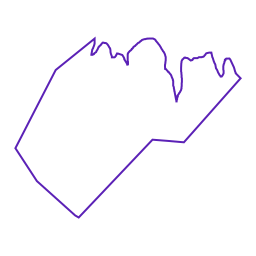 Norton, Mashonaland West, Zimbabwe (Natural Earth projection)
{"feature_id": "62879985B7429577065299", "entity_name": "Norton", "entity_type": "district", "adm_level": 2, "iso_a3": "ZWE", "parent_name": "Zimbabwe", "parent_adm1": "Mashonaland West", "projection": "natural_earth1", "projection_center": [30.703, -17.887], "detail": "fine", "context": "isolated", "style": "outline", "palette": "violet", "viewbox_px": 256, "rotation_deg": 0, "n_neighbors": 0, "source": "geoboundaries", "source_scale": "gbopen_adm2", "svg_char_len": 5413}
<svg xmlns="http://www.w3.org/2000/svg" viewBox="0 0 256 256"><path d="M240.6,78.3L235.8,73.4L235.8,73.1L235.6,72.9L235.6,72.6L235.4,72.1L235.1,71.5L234.9,70.7L234.6,69.7L234.4,68.9L233.9,67.3L230.3,59.6L230.1,59.3L229.6,58.8L229.4,58.5L228.9,58.5L228.4,58.6L228.0,58.6L227.0,58.6L226.3,58.6L226.1,58.8L225.8,59.1L225.6,59.1L225.4,59.4L225.4,59.6L225.4,59.9L225.1,59.9L225.1,60.2L224.9,60.2L224.9,60.4L224.9,60.7L224.7,61.0L224.7,61.3L224.4,61.8L224.4,62.6L224.2,63.1L224.0,63.7L223.7,64.2L223.7,64.5L223.5,65.0L223.5,65.3L223.5,65.5L223.3,66.1L223.3,66.3L223.3,66.9L223.3,68.5L223.3,69.0L223.3,69.8L223.6,70.6L223.6,71.1L223.6,71.6L223.6,73.2L223.3,74.0L222.9,74.6L222.6,75.4L222.2,75.9L221.9,76.2L221.7,76.5L221.0,76.5L220.8,76.5L220.8,76.2L220.3,75.9L219.8,75.4L219.3,74.6L218.9,73.8L218.4,73.0L217.9,72.0L217.4,70.6L216.9,69.6L216.0,68.3L215.3,64.5L214.8,63.5L214.3,62.7L214.1,61.9L213.8,61.4L213.6,60.6L213.3,59.8L213.1,59.0L212.9,58.4L212.6,57.6L212.4,57.4L211.4,52.9L211.2,52.9L211.2,52.6L210.7,52.6L210.2,52.6L209.3,52.6L207.9,52.9L206.7,53.2L206.2,53.4L205.7,54.0L205.3,54.8L205.0,55.1L204.6,55.3L204.3,55.9L203.9,56.4L203.4,56.7L202.9,56.9L202.7,56.9L202.2,56.9L201.8,57.2L201.5,57.2L201.1,57.2L200.8,57.2L200.3,57.2L198.9,57.2L198.5,57.5L198.0,57.8L197.5,58.1L197.1,58.1L196.6,58.1L196.1,58.1L195.2,58.1L194.5,58.1L194.0,58.1L193.8,58.4L193.5,58.6L193.3,58.6L193.0,58.9L192.8,59.2L192.8,59.4L192.4,60.0L191.9,60.2L191.4,60.2L190.9,60.5L190.7,60.5L190.5,60.3L190.0,60.0L189.5,59.5L188.6,58.9L187.6,58.1L186.2,57.9L185.5,57.9L185.3,57.6L184.8,57.6L184.6,57.6L184.3,57.7L183.6,58.5L183.4,58.7L183.1,59.0L182.7,59.3L182.4,59.5L182.2,60.1L182.0,60.3L181.7,60.9L181.5,61.7L181.5,62.5L181.3,63.3L181.1,67.8L181.1,69.1L181.1,70.5L181.1,71.5L181.4,72.6L181.4,73.9L181.6,75.3L181.6,77.4L181.9,78.2L181.9,78.7L181.9,79.2L181.9,80.8L181.9,81.6L181.9,82.2L181.7,83.0L181.7,83.8L181.7,84.6L181.7,86.2L181.5,87.0L181.5,87.8L181.5,88.6L181.2,89.1L181.2,89.6L181.0,90.2L180.8,90.7L180.3,91.2L180.1,91.8L179.9,92.3L179.4,92.9L178.9,93.4L178.7,94.2L178.2,94.7L177.8,95.3L177.8,95.5L177.8,95.8L177.8,96.1L177.5,96.1L177.5,96.6L177.5,97.1L177.3,97.4L177.3,97.7L177.1,98.2L177.1,99.3L176.8,100.1L176.6,100.6L176.6,100.9L176.6,101.1L176.6,101.4L176.4,101.4L176.4,101.1L176.4,100.6L176.1,99.8L174.7,92.4L174.7,91.8L174.4,91.3L174.4,90.8L174.2,90.0L174.2,89.4L173.9,88.6L173.9,87.8L173.7,86.8L173.2,85.7L173.2,84.9L173.2,83.1L173.2,82.3L173.2,81.7L173.2,80.9L172.9,80.4L172.9,79.6L172.2,78.0L171.7,76.9L171.5,76.2L171.2,75.4L171.0,75.1L170.8,74.6L170.0,73.8L169.6,73.2L169.1,72.7L168.9,72.2L168.4,71.9L167.9,71.7L167.7,71.1L166.7,70.1L166.5,69.8L165.8,69.0L165.5,69.0L165.5,68.8L165.3,68.5L165.1,68.5L165.1,68.0L165.1,67.7L165.0,66.9L165.0,64.8L165.3,63.7L165.3,62.9L165.5,62.1L165.5,61.3L165.7,60.5L165.7,59.4L165.7,58.9L165.7,57.8L165.7,57.0L165.4,56.2L165.2,55.4L165.0,54.6L164.7,53.8L164.2,52.8L164.0,52.5L163.8,52.0L163.5,51.7L163.0,51.2L162.8,50.7L162.3,49.9L161.9,49.3L161.4,48.6L160.9,47.5L160.4,46.7L159.9,45.9L159.2,44.8L158.5,44.1L158.0,43.3L157.3,42.5L156.8,41.9L156.4,41.4L156.1,41.1L155.9,40.9L155.7,40.3L155.4,40.1L155.2,39.8L154.7,39.3L154.0,39.0L153.5,38.8L153.0,38.5L152.6,38.5L152.3,38.5L151.9,38.5L150.5,38.5L149.5,38.5L149.3,38.5L149.0,38.5L148.8,38.6L148.3,38.6L148.1,38.6L147.9,38.6L147.2,38.6L146.9,38.8L146.7,38.8L146.2,38.8L145.5,39.1L144.6,39.1L142.2,39.9L141.7,40.2L141.3,40.8L140.8,41.0L140.3,41.3L139.9,41.8L139.6,42.1L139.4,42.4L138.9,42.6L138.2,42.9L137.8,43.2L137.3,43.7L136.6,44.5L136.1,44.8L135.6,45.3L135.2,45.9L134.7,46.1L134.2,46.4L133.8,46.7L133.5,47.0L133.3,47.2L133.3,47.5L133.1,47.8L132.8,48.0L132.4,48.6L131.9,48.8L131.9,49.1L131.7,49.4L131.4,49.6L131.0,50.2L130.3,50.7L129.8,51.0L129.6,51.3L129.1,51.8L128.9,52.1L128.4,52.6L128.2,53.1L127.9,53.4L127.9,53.9L127.7,54.2L127.7,55.0L127.7,55.5L127.7,56.1L127.7,56.6L127.7,58.2L127.7,59.3L127.7,60.1L127.7,61.1L128.0,61.7L128.0,62.2L128.0,63.5L128.0,63.8L128.0,64.1L128.0,64.3L127.8,64.6L127.3,64.6L127.3,64.3L127.1,64.1L126.6,63.0L126.1,62.2L125.4,61.1L124.9,60.1L124.4,59.6L124.4,59.0L124.2,58.8L124.2,58.2L123.9,57.7L123.7,57.4L123.5,56.9L123.2,56.4L122.8,55.8L122.3,55.0L117.8,53.5L117.5,53.5L117.1,53.5L117.1,53.8L116.8,54.0L116.8,54.3L116.6,54.6L116.1,55.1L115.9,55.9L115.4,56.4L115.0,57.0L114.7,57.2L114.5,57.3L114.0,57.3L113.6,57.3L113.1,57.3L112.4,57.3L112.2,57.3L111.9,57.3L111.9,56.7L111.7,55.9L111.4,55.2L110.9,53.8L110.7,53.0L110.5,52.0L110.5,51.4L110.4,49.8L110.2,49.3L110.2,48.8L110.0,48.2L109.7,48.0L109.2,47.2L108.8,46.4L107.8,44.8L107.1,44.0L106.6,43.5L106.2,43.2L105.9,43.2L105.4,43.0L105.2,43.0L104.7,43.0L104.3,43.0L103.8,42.7L103.3,42.7L103.1,42.7L102.9,42.7L102.6,42.7L102.1,43.3L101.9,43.5L101.4,44.1L101.0,44.6L100.7,44.9L100.7,45.1L100.3,45.4L100.0,45.7L99.8,45.9L99.3,46.2L99.1,46.7L98.6,47.0L98.4,47.6L97.9,48.4L97.7,49.2L97.2,50.0L96.8,50.5L96.5,51.0L96.5,51.3L96.3,51.6L96.1,52.1L95.6,52.4L94.9,52.9L94.4,53.2L94.2,53.7L94.0,54.0L93.7,54.0L93.5,54.3L93.3,54.3L92.8,54.3L92.6,54.5L92.3,54.5L92.1,54.5L91.8,54.5L91.9,54.8L91.4,54.8L91.4,54.5L92.3,49.5L92.5,49.2L92.8,48.7L93.0,48.4L93.2,47.9L93.2,47.6L93.7,46.5L93.9,46.0L94.1,45.2L94.4,44.7L94.4,44.1L94.6,43.6L94.6,42.8L94.6,42.3L94.6,40.9L94.6,40.4L94.6,38.6L67.6,60.4L67.1,60.8L55.7,70.0L34.8,110.5L21.5,136.4L15.4,148.2L36.9,181.1L75.1,215.4L78.7,217.5L152.5,139.7L169.1,141.0L183.9,142.3L240.6,78.3Z" fill="none" stroke="#5b21b6" stroke-width="2"/></svg>